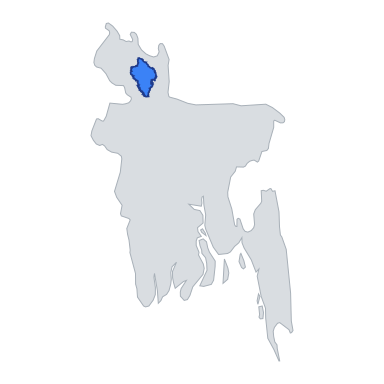 location of Rangpur, Rangpur, Bangladesh
{"feature_id": "16705992B34260815515495", "entity_name": "Rangpur", "entity_type": "district", "adm_level": 2, "iso_a3": "BGD", "parent_name": "Bangladesh", "parent_adm1": "Rangpur", "projection": "equal_earth", "projection_center": [89.232, 25.633], "detail": "fine", "context": "in_parent", "style": "filled", "palette": "blue", "viewbox_px": 384, "rotation_deg": 0, "n_neighbors": 0, "source": "geoboundaries", "source_scale": "gbopen_adm2", "svg_char_len": 8527}
<svg xmlns="http://www.w3.org/2000/svg" viewBox="0 0 384 384"><path d="M135.6,284.1L135.5,273.5L129.9,252.5L130.2,250.2L129.0,240.0L127.6,234.4L126.8,228.5L130.2,219.9L128.9,218.5L121.3,215.9L120.5,213.7L122.1,205.3L116.7,197.3L114.5,191.4L120.3,172.2L121.8,158.9L121.4,156.3L117.8,153.3L111.6,152.1L107.2,149.6L104.6,145.9L102.4,144.4L99.7,145.5L96.3,144.0L93.4,140.3L91.0,135.7L91.9,130.8L96.5,119.0L98.2,118.7L102.1,121.0L103.6,121.0L106.2,116.3L109.9,103.1L122.5,104.3L125.5,103.8L128.7,102.8L130.4,101.1L131.4,99.0L131.0,97.2L127.2,94.7L125.7,92.9L124.6,87.6L123.5,85.6L115.8,85.3L111.9,82.9L109.7,80.7L105.9,73.6L101.1,68.2L96.6,67.0L94.8,65.3L93.9,62.5L94.4,58.6L96.8,51.0L109.3,34.7L109.7,32.9L109.2,30.8L105.5,28.2L105.3,26.9L106.3,23.5L108.4,23.0L112.7,26.1L117.1,31.2L119.7,35.7L119.8,39.2L123.2,39.9L126.1,41.5L129.0,41.0L130.9,41.9L132.2,41.6L132.7,39.5L130.2,34.4L131.4,32.2L134.3,32.4L136.4,34.3L137.9,38.2L138.2,44.4L141.5,49.9L146.0,53.9L149.5,55.7L153.7,57.0L157.3,55.8L159.1,51.9L158.3,48.4L158.8,45.3L160.2,43.6L162.5,43.7L164.2,46.2L169.1,59.5L168.1,65.4L169.2,81.6L168.0,92.3L168.8,96.3L169.6,97.1L177.0,99.1L187.7,103.3L195.9,104.9L233.0,103.7L241.1,105.8L265.8,104.2L272.5,107.6L279.9,113.2L284.1,117.3L284.8,119.7L284.4,121.7L283.0,122.8L280.5,122.9L274.7,120.2L273.7,121.0L273.7,127.4L269.0,143.5L268.4,148.5L266.8,150.5L261.9,151.5L258.7,161.0L257.4,162.1L254.2,160.1L252.2,160.4L249.6,161.3L247.1,163.4L245.4,166.1L243.5,167.1L236.5,166.9L235.2,171.3L230.7,177.0L227.7,192.2L227.9,196.8L231.8,209.0L234.6,224.7L235.6,226.3L236.9,226.5L237.0,219.3L238.2,218.3L239.9,219.1L243.2,228.9L245.1,231.4L247.9,232.1L251.2,230.6L253.7,227.7L254.6,224.6L253.7,214.0L255.3,209.7L260.8,203.3L261.7,201.3L261.2,190.7L263.3,190.3L266.2,191.2L269.8,188.7L270.9,188.6L272.5,191.3L275.0,190.8L279.0,211.9L279.5,226.8L280.4,235.0L281.8,236.9L286.2,249.3L290.6,293.1L291.3,321.0L293.0,330.5L291.6,332.6L290.3,333.0L289.0,329.7L279.7,322.6L277.5,323.3L274.4,327.4L273.2,331.3L273.7,336.6L274.8,341.9L277.0,344.9L277.2,348.3L279.7,360.9L279.0,361.0L273.9,349.5L267.8,338.3L265.7,318.1L265.5,308.2L261.2,296.5L257.2,276.2L258.9,269.0L256.0,272.1L251.3,259.9L244.1,248.0L242.0,242.7L241.9,237.6L238.8,242.8L234.6,246.4L230.4,251.9L227.6,253.5L218.6,254.5L213.3,247.2L205.8,229.4L204.8,225.3L205.7,214.9L203.9,205.0L203.4,196.2L202.1,197.0L201.6,199.4L201.9,203.1L201.3,206.2L188.8,204.2L194.2,209.4L199.9,210.6L202.9,215.3L203.1,223.0L197.5,227.7L198.0,231.6L201.3,236.4L197.3,237.8L196.2,240.9L196.2,245.4L199.0,252.3L198.5,255.0L203.3,264.0L204.2,268.3L203.0,274.4L192.8,286.8L189.9,295.5L187.4,299.6L184.2,300.4L180.4,296.2L180.3,292.0L181.1,288.6L186.4,280.4L183.5,281.5L175.2,288.3L173.6,282.8L172.6,277.7L172.5,271.5L176.5,262.2L172.0,266.8L170.8,272.6L171.3,279.4L170.7,284.3L169.0,290.6L166.6,294.4L162.6,296.8L160.9,300.6L158.3,303.3L157.4,290.6L154.5,273.4L153.9,277.1L155.4,287.7L155.3,294.6L153.2,300.1L148.9,306.0L145.6,306.9L143.6,306.0L137.5,297.1L136.9,288.7L135.6,284.1ZM211.3,284.4L203.7,286.4L199.8,285.8L207.0,270.3L206.7,263.4L205.6,257.8L201.9,253.3L201.7,250.1L200.0,245.7L199.1,240.5L203.2,238.9L206.5,241.8L207.7,247.7L209.4,252.1L215.2,261.1L215.1,266.6L213.6,280.2L211.3,284.4ZM227.7,279.3L223.0,283.4L224.4,259.0L227.9,268.1L228.8,273.0L227.7,279.3ZM245.4,267.1L243.4,268.9L241.5,267.4L239.0,261.6L240.2,254.4L240.9,253.4L243.9,260.8L245.4,267.1ZM262.9,318.6L260.3,318.9L259.0,317.1L259.6,314.7L258.8,306.8L262.2,306.0L263.5,312.6L262.9,318.6ZM259.9,296.5L257.9,304.3L257.1,300.8L258.5,293.9L259.9,296.5ZM205.2,233.0L206.0,235.6L201.7,232.3L200.6,230.0L202.5,228.8L205.2,233.0Z" fill="#d9dde1" stroke="#a8b0b8" stroke-width="1"/><path d="M145.6,96.6L145.9,96.7L146.0,96.5L147.0,96.7L147.3,96.5L147.6,96.6L148.0,96.6L148.0,96.4L148.3,96.4L148.2,96.3L148.5,96.1L148.4,95.5L148.0,95.8L147.8,95.4L148.2,95.0L148.5,95.0L148.5,94.5L148.2,94.5L148.2,94.2L148.4,93.6L148.3,93.2L148.3,92.8L148.4,92.6L148.9,92.4L148.7,92.1L148.9,91.7L149.1,91.7L149.3,91.4L149.3,91.1L149.3,90.7L149.7,90.5L149.9,90.3L149.8,89.9L150.0,89.8L149.9,89.6L149.8,89.4L150.0,89.5L150.1,89.2L149.8,89.0L150.0,88.6L149.9,88.3L150.4,88.4L150.8,87.1L151.0,87.2L151.5,87.2L151.6,86.9L151.8,86.8L151.9,86.4L152.1,86.5L152.3,85.8L152.6,85.7L152.5,85.0L152.7,84.8L152.6,84.7L152.5,84.3L153.0,84.0L152.7,83.8L152.7,84.0L152.3,83.9L152.3,83.7L152.6,83.6L152.7,83.4L152.4,83.5L152.5,83.3L152.4,82.8L152.3,83.1L152.0,83.2L151.9,82.9L151.6,83.4L151.5,83.1L151.3,82.9L151.0,83.2L150.9,83.1L151.0,82.8L151.0,83.0L151.3,82.6L151.1,82.6L151.0,82.3L151.4,82.2L151.0,82.1L151.1,81.0L151.4,80.7L151.4,79.9L152.2,80.0L152.3,79.7L152.4,79.8L152.4,80.1L152.7,80.2L152.9,79.8L153.2,79.8L153.2,79.7L153.3,79.7L153.5,79.6L153.6,79.4L153.8,79.4L154.0,79.4L153.9,79.7L154.5,80.2L154.6,80.6L154.9,80.6L154.9,80.4L155.1,80.1L154.7,79.8L154.6,79.3L154.9,78.4L155.0,78.4L155.2,78.7L155.3,78.6L155.0,78.0L155.1,77.9L155.3,78.1L155.5,78.2L156.1,77.9L156.0,77.6L156.1,77.3L156.7,76.4L156.5,76.1L156.5,76.4L156.3,76.3L155.9,76.7L156.0,75.8L155.9,75.8L155.7,75.8L156.0,74.4L155.8,74.2L155.7,73.5L155.8,73.0L155.5,72.4L155.0,72.7L154.8,72.7L154.5,71.8L155.0,71.7L155.1,70.8L154.8,70.5L154.6,70.5L154.5,70.3L154.3,70.4L154.2,70.0L154.2,69.8L153.8,69.0L153.8,68.8L153.7,68.8L153.5,68.5L153.3,68.6L153.3,68.4L153.2,68.6L153.0,68.4L152.8,68.6L152.8,68.4L152.1,68.3L152.1,67.9L151.6,68.1L151.2,67.9L150.2,67.8L149.5,67.1L149.5,66.6L149.4,66.6L149.1,66.7L148.8,66.4L148.5,66.4L148.6,66.2L148.3,65.8L148.1,65.8L148.0,65.5L148.0,64.7L147.7,64.4L147.2,64.3L147.0,63.9L146.7,63.8L146.6,63.5L146.1,63.0L146.0,62.5L146.1,62.4L145.8,62.4L145.7,62.1L145.4,62.1L145.3,62.3L144.9,62.4L144.7,62.0L144.4,62.0L144.2,61.8L143.6,61.6L143.1,60.9L143.1,60.5L142.9,60.7L142.6,60.3L142.6,59.9L142.3,59.6L142.2,59.2L141.8,59.4L141.3,58.8L141.1,58.8L140.2,58.8L139.6,58.1L139.3,58.2L139.2,58.1L138.9,58.4L138.6,58.0L138.3,58.0L138.1,58.1L138.2,58.5L137.9,59.3L137.9,59.6L137.6,59.8L137.8,60.0L137.9,59.8L138.0,59.9L137.8,60.2L137.8,60.3L138.0,60.5L137.8,60.9L138.0,61.1L137.7,61.6L137.8,62.0L137.9,61.9L138.0,62.1L138.3,62.6L138.5,62.7L138.5,62.9L137.9,63.3L138.0,63.7L137.6,64.1L137.8,64.7L137.3,65.0L137.3,65.8L137.4,66.0L137.1,66.1L137.0,65.8L136.2,65.7L136.1,65.8L135.9,65.8L135.9,66.0L135.6,66.4L135.6,66.6L135.3,66.9L135.4,66.7L135.1,66.7L134.9,66.6L134.1,66.7L133.8,66.8L133.6,66.8L133.3,67.0L133.1,66.8L132.9,67.2L132.3,67.2L132.0,66.9L131.6,66.9L131.5,67.1L131.2,67.1L131.0,67.3L131.0,67.5L131.4,67.5L131.5,67.5L131.6,67.9L131.8,68.1L131.5,68.3L131.8,68.4L131.8,68.6L131.6,68.8L131.3,68.9L131.2,69.2L131.1,69.5L130.9,69.8L131.1,69.9L131.0,70.1L131.1,70.4L131.3,70.4L131.5,70.5L131.5,71.0L131.4,71.0L131.5,71.1L131.3,71.1L131.2,71.2L131.3,71.0L131.1,71.0L130.9,71.5L131.1,71.7L131.1,71.9L130.5,72.2L130.5,72.6L130.5,72.8L131.0,74.0L130.8,74.1L130.9,74.4L131.3,74.5L131.5,74.7L131.7,74.4L131.9,74.4L132.1,75.1L132.5,75.2L132.3,75.7L132.4,75.9L132.7,75.9L133.1,75.7L133.4,75.9L133.4,76.1L133.5,76.1L133.4,76.2L133.5,76.2L133.5,76.4L133.2,76.5L133.1,76.8L133.4,76.9L133.4,77.2L133.6,77.3L133.4,77.5L133.4,77.8L133.6,78.0L133.4,78.1L133.6,78.2L133.9,78.2L134.0,78.3L133.9,78.4L134.1,78.5L134.2,79.1L134.5,79.1L134.7,78.9L134.9,79.1L135.1,79.0L135.4,79.4L135.5,79.7L135.4,80.0L135.6,80.3L135.7,80.0L135.9,80.1L135.9,79.9L136.0,80.0L136.1,79.9L136.8,80.2L136.8,80.6L137.0,80.5L137.7,81.1L137.9,81.0L138.0,81.3L137.5,82.4L137.8,82.5L137.8,82.9L138.0,83.1L137.9,83.4L138.0,83.9L138.0,84.1L138.3,84.2L138.0,84.3L138.1,84.5L138.2,84.4L138.4,84.7L138.1,84.6L138.3,84.7L138.3,84.9L138.1,85.0L137.9,85.4L138.0,85.6L137.9,85.6L138.2,85.8L138.0,86.0L138.3,86.1L138.0,86.5L138.4,86.8L138.5,87.3L138.6,87.2L138.7,86.9L138.8,86.9L138.7,87.3L138.9,87.3L139.1,87.5L138.8,87.5L138.5,87.6L138.7,87.8L138.8,88.0L138.9,87.8L139.1,88.2L139.4,88.1L139.2,88.5L139.4,88.5L139.5,88.7L139.9,88.9L140.0,89.4L139.9,89.9L140.0,90.1L139.8,90.2L139.5,90.0L139.4,90.1L139.9,90.4L140.1,90.3L140.3,90.6L140.1,90.5L140.4,90.7L140.5,90.5L140.6,90.9L140.9,90.5L141.1,90.8L141.1,91.0L141.4,91.1L141.6,91.6L141.8,91.4L142.2,91.5L142.1,91.2L142.4,91.3L142.4,91.6L142.8,92.0L142.6,92.7L142.4,92.7L142.6,92.9L143.2,92.9L143.3,93.0L143.1,93.3L143.5,93.1L143.4,92.8L143.6,92.8L143.8,93.3L143.5,93.4L143.6,93.6L143.8,93.8L144.1,93.6L143.6,94.0L143.8,94.2L143.8,94.3L143.4,94.1L143.5,93.9L143.1,94.8L143.3,94.9L143.5,94.4L143.7,94.7L144.1,94.7L144.1,94.9L143.7,95.1L143.8,95.5L144.5,95.8L144.8,95.3L145.0,95.6L144.8,95.6L144.6,96.0L145.0,95.9L145.2,96.3L145.7,96.5L145.6,96.6Z" fill="#3b82f6" stroke="#1e3a8a" stroke-width="1.5"/></svg>